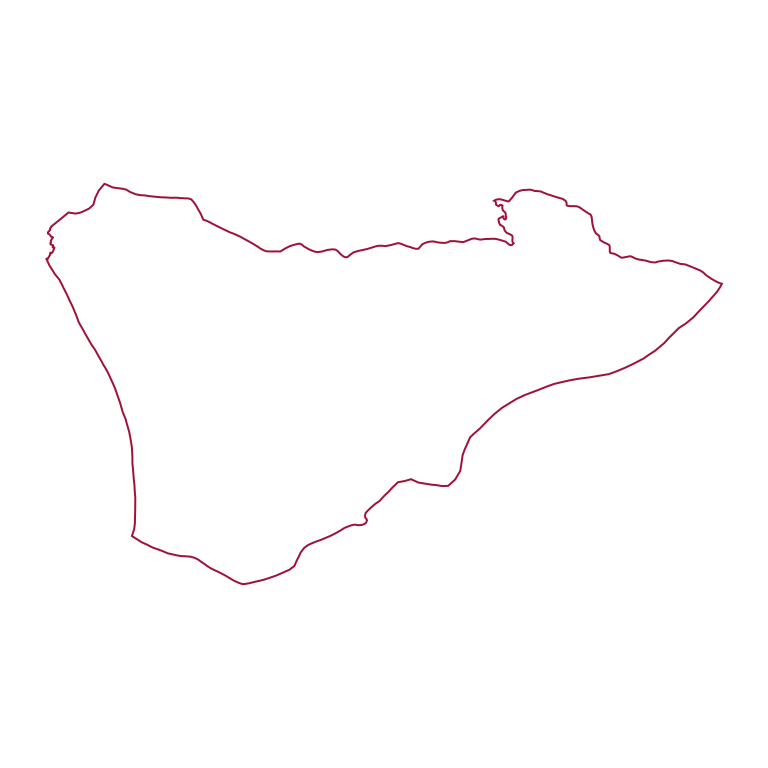 the district of Vilabuly, Savannakhét, Laos
{"feature_id": "54806243B77256668678203", "entity_name": "Vilabuly", "entity_type": "district", "adm_level": 2, "iso_a3": "LAO", "parent_name": "Laos", "parent_adm1": "Savannakhét", "projection": "orthographic", "projection_center": [105.936, 16.913], "detail": "fine", "context": "isolated", "style": "outline", "palette": "rose", "viewbox_px": 768, "rotation_deg": 0, "n_neighbors": 0, "source": "geoboundaries", "source_scale": "gbopen_adm2", "svg_char_len": 6032}
<svg xmlns="http://www.w3.org/2000/svg" viewBox="0 0 768 768"><path d="M85.9,335.0L90.3,342.6L91.5,344.7L94.9,349.5L98.6,356.2L100.7,359.8L103.5,365.0L105.2,367.7L107.0,370.9L108.6,374.0L111.5,380.4L113.9,385.7L115.0,388.4L120.2,403.2L122.7,412.0L125.5,418.8L126.8,423.6L127.9,427.3L129.3,432.4L130.6,439.4L131.8,446.8L132.2,452.8L132.4,456.9L132.4,462.7L133.2,471.5L133.8,479.4L134.4,484.7L134.8,491.6L135.3,497.9L135.2,510.8L135.0,517.3L134.9,523.1L134.2,529.1L131.9,536.0L134.2,537.5L138.2,540.0L141.6,542.2L146.7,544.5L152.5,547.5L157.8,549.3L161.8,550.8L167.7,553.3L177.5,555.5L182.0,556.2L184.6,556.2L190.6,556.7L194.6,557.8L198.2,559.6L201.3,561.9L204.2,563.8L207.3,566.1L210.8,568.3L214.6,570.2L219.0,572.2L225.1,575.4L231.9,579.5L235.0,581.2L238.9,582.9L242.2,584.0L244.0,584.1L249.0,583.3L255.7,581.6L260.8,580.5L264.6,579.5L275.3,575.9L278.4,574.6L289.5,569.7L294.4,565.9L296.9,560.3L299.1,556.0L300.7,552.4L304.2,547.9L308.1,545.0L311.8,543.3L316.8,541.3L320.9,539.9L330.8,535.7L336.4,532.8L340.3,530.6L344.5,527.9L350.9,525.4L354.6,524.6L358.4,525.2L361.3,525.0L363.6,524.4L364.7,523.8L366.1,522.7L366.5,521.7L367.0,520.2L366.4,518.9L365.5,517.9L364.9,516.0L365.7,512.9L368.2,510.2L371.6,507.0L375.1,504.0L379.7,500.9L382.7,497.5L385.6,494.5L388.2,492.2L390.9,489.1L397.8,482.3L404.8,481.0L411.0,479.2L418.5,482.6L431.7,484.7L436.3,485.1L442.3,486.1L448.3,485.8L455.2,479.5L460.3,470.8L461.6,462.2L462.6,455.2L464.7,449.5L470.1,437.3L474.0,433.6L479.7,428.7L488.0,420.1L494.2,414.2L501.9,407.9L510.5,402.6L516.5,398.9L524.9,395.0L539.2,389.6L547.9,386.1L554.2,383.9L564.5,381.5L571.4,380.0L578.7,378.7L589.2,377.4L608.9,374.1L616.3,371.4L625.0,367.8L631.8,364.6L643.4,358.6L648.8,354.8L655.0,350.8L664.3,343.0L669.1,337.7L674.6,332.3L678.5,328.3L686.1,323.3L693.4,317.3L700.8,309.3L705.4,304.7L708.6,301.3L717.1,291.7L719.7,287.8L721.9,283.8L718.2,282.5L715.4,281.1L710.9,278.5L708.1,276.6L705.7,274.8L703.3,272.5L700.3,270.5L689.1,265.9L684.8,264.3L680.5,263.9L677.9,263.1L672.2,261.0L668.6,260.5L663.6,260.7L657.4,261.7L655.6,262.4L653.9,262.4L650.8,262.1L646.3,260.8L642.3,260.0L638.6,259.5L635.1,258.4L632.1,256.8L630.2,256.2L622.4,257.7L620.9,257.5L619.3,256.4L616.9,255.0L614.1,253.7L611.9,253.3L610.3,252.9L609.8,251.8L609.7,246.2L609.3,245.1L607.1,243.8L604.1,242.5L601.7,241.1L600.2,240.1L599.6,238.1L599.4,236.3L598.4,235.1L596.1,233.6L594.6,231.1L593.5,228.2L592.5,224.3L591.6,216.7L590.5,214.5L588.4,213.4L582.0,209.1L578.8,206.9L576.6,206.3L573.8,206.1L570.3,206.2L567.1,205.7L566.7,205.1L566.4,202.2L565.3,200.6L562.8,199.0L560.1,198.1L557.7,197.5L547.1,194.1L543.6,192.7L540.6,191.4L537.3,191.1L534.3,190.9L533.2,190.4L530.1,189.6L526.5,189.9L523.2,190.0L519.6,190.8L515.8,192.6L512.6,197.0L509.2,201.0L508.1,201.5L502.1,199.7L499.6,199.2L497.1,199.4L495.2,200.1L494.1,200.8L494.9,201.2L495.4,201.7L495.8,202.2L495.9,202.7L496.0,204.4L496.2,204.8L496.5,205.1L498.2,205.9L498.5,206.1L498.9,206.1L499.2,205.8L499.8,205.1L500.3,204.9L501.7,205.1L502.2,205.3L502.5,205.7L502.2,206.2L502.3,206.5L502.4,208.8L502.5,209.4L502.8,210.0L503.4,210.9L503.8,211.3L504.5,211.8L505.2,212.4L505.5,213.2L505.8,215.0L505.7,215.9L506.2,217.4L506.1,218.0L505.9,218.7L505.6,219.2L505.3,219.4L504.8,219.4L504.4,219.2L503.9,218.8L503.6,218.2L503.5,217.4L503.4,216.8L503.1,216.3L502.3,216.5L501.7,217.2L501.1,217.4L500.0,217.9L498.7,218.8L498.4,219.5L499.2,223.0L499.6,223.8L500.0,224.8L500.6,225.2L501.5,225.4L502.0,225.8L502.4,226.2L503.1,226.6L504.0,227.7L504.2,229.0L504.7,230.5L505.7,231.8L507.0,233.1L507.8,233.3L508.6,233.7L509.6,234.1L510.6,234.6L512.0,235.5L512.4,236.2L512.6,237.9L512.4,239.6L512.4,241.3L512.6,242.0L513.1,243.0L513.6,243.3L512.1,244.9L511.2,245.1L510.8,245.1L510.4,245.1L508.8,244.4L505.8,241.7L499.2,239.7L495.2,238.8L491.7,238.8L484.3,239.1L480.8,239.6L478.8,239.4L476.7,238.8L474.3,238.4L471.4,238.9L463.9,241.9L461.9,242.0L454.1,241.1L450.2,241.1L447.7,242.3L445.7,242.8L443.3,242.9L440.5,242.7L437.8,242.4L435.0,241.7L432.6,241.4L429.6,241.7L427.8,242.0L424.9,243.0L422.3,244.3L418.5,248.7L415.9,248.8L412.9,248.1L410.1,247.0L407.6,246.4L404.4,245.2L401.1,243.8L398.1,243.1L391.8,244.8L388.5,245.5L385.7,246.1L382.2,245.8L378.7,245.7L375.5,246.4L371.5,247.7L366.8,249.1L357.6,251.1L353.5,252.4L350.4,254.6L347.4,257.1L345.4,257.3L342.9,256.1L339.8,253.4L337.9,251.2L335.5,249.6L332.6,249.3L327.4,249.9L324.5,250.8L321.0,251.7L317.3,252.1L313.9,251.4L309.7,249.7L304.0,246.5L301.7,244.4L299.3,243.6L297.2,244.0L293.4,245.0L289.7,246.2L285.0,248.6L280.3,251.5L276.8,251.4L271.0,251.5L266.5,251.3L263.6,250.3L259.8,248.2L257.8,246.7L251.8,243.1L248.8,241.4L240.1,236.6L234.2,233.9L230.1,232.4L224.6,229.8L218.7,226.9L215.3,225.2L212.3,223.7L209.9,222.3L206.3,220.7L203.3,219.6L200.6,213.6L198.6,210.2L196.0,205.4L193.8,202.3L191.3,199.4L188.3,198.4L185.3,198.4L182.4,198.1L179.6,198.1L177.4,197.7L170.8,197.8L165.0,197.4L160.9,197.3L148.9,196.1L145.0,195.4L140.4,195.2L135.6,194.2L129.9,191.9L126.2,189.6L123.0,188.8L112.9,187.5L105.8,184.3L104.4,183.9L98.9,190.4L95.3,197.7L93.4,204.6L89.1,208.6L80.8,212.5L75.7,213.6L68.5,212.5L61.6,218.2L51.2,226.6L51.2,227.2L50.6,227.9L50.2,228.4L50.0,228.8L50.0,229.3L50.1,229.6L50.1,229.9L49.9,230.3L48.7,231.4L48.3,231.9L48.0,232.3L47.9,232.8L47.9,233.4L48.0,233.6L48.3,233.8L49.3,234.3L50.0,235.0L50.5,235.7L50.9,236.5L52.6,237.1L52.9,237.4L52.7,237.9L52.4,238.2L52.1,238.4L51.5,239.7L50.8,240.9L50.8,241.4L51.0,242.0L51.0,242.3L50.9,242.5L50.4,243.1L50.4,244.0L50.8,244.5L52.8,245.2L53.2,245.5L53.3,246.1L53.2,246.5L52.8,246.7L52.6,247.0L52.9,247.4L53.4,247.3L54.3,247.6L54.0,248.7L53.8,249.3L53.5,250.0L53.2,250.8L53.0,251.4L52.3,252.5L51.8,252.9L51.5,253.0L51.2,253.0L50.8,252.7L50.3,252.8L50.1,253.2L50.1,254.0L50.2,254.6L49.2,256.1L49.1,256.5L48.9,257.0L48.3,257.7L47.9,258.2L47.6,259.3L47.2,259.4L46.9,259.3L46.1,258.0L47.5,261.3L49.4,265.4L52.2,269.8L55.0,274.3L59.6,279.9L60.3,281.5L61.7,284.0L63.2,287.3L66.7,294.1L70.6,302.6L72.2,305.7L76.6,316.2L78.4,321.3L79.6,323.8L82.9,329.5L85.9,335.0Z" fill="none" stroke="#9f1239" stroke-width="2"/></svg>